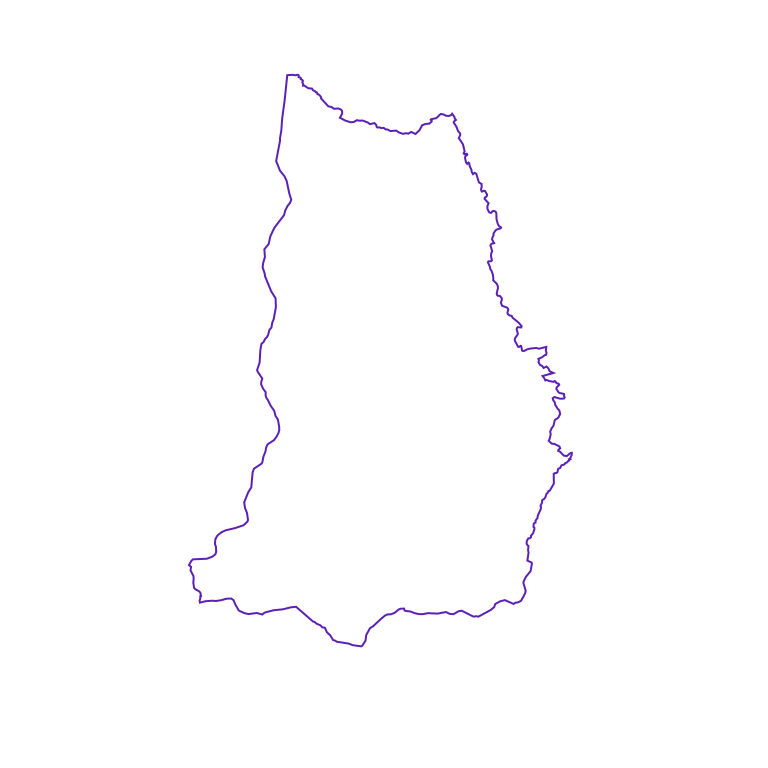 outline of Sotrile, Prahova, Romania, rotated 204°
{"feature_id": "2599482B85734359359227", "entity_name": "Sotrile", "entity_type": "district", "adm_level": 2, "iso_a3": "ROU", "parent_name": "Romania", "parent_adm1": "Prahova", "projection": "equal_earth", "projection_center": [25.714, 45.211], "detail": "fine", "context": "isolated", "style": "outline", "palette": "violet", "viewbox_px": 768, "rotation_deg": 204, "n_neighbors": 0, "source": "geoboundaries", "source_scale": "gbopen_adm2", "svg_char_len": 6166}
<svg xmlns="http://www.w3.org/2000/svg" viewBox="0 0 768 768"><g transform="rotate(204 384 384)"><path d="M598.0,626.8L590.1,602.6L585.0,585.1L580.9,573.8L578.9,565.9L578.0,564.3L573.2,543.8L565.8,536.6L559.4,533.3L555.5,529.9L548.0,519.5L543.7,514.7L543.5,511.4L544.5,507.5L544.8,502.4L544.0,497.6L547.7,482.1L547.9,472.6L546.3,464.9L548.1,458.4L544.4,451.5L543.6,445.4L542.4,441.3L537.8,436.2L536.4,433.9L524.5,422.6L517.9,418.2L514.0,410.2L511.1,398.2L511.1,395.0L509.8,389.7L510.7,386.7L509.8,381.5L510.0,379.3L510.9,376.9L511.1,373.4L512.3,370.8L510.6,364.3L506.3,352.9L505.6,345.0L504.3,343.8L497.4,339.5L497.0,336.0L496.1,333.7L492.8,330.7L488.8,328.4L487.5,325.4L485.9,323.6L483.7,322.2L478.5,317.9L473.4,314.9L470.1,310.7L466.5,308.4L462.3,302.2L460.9,299.2L460.5,296.6L460.7,292.5L461.7,287.9L465.8,281.6L465.8,277.5L464.9,274.6L464.6,268.7L463.3,262.9L463.5,261.4L468.4,253.6L468.0,249.6L463.2,235.6L464.0,229.7L463.6,219.0L460.4,214.0L456.8,210.6L453.0,204.6L452.8,202.7L454.9,197.8L461.3,191.9L469.3,185.8L472.2,182.4L474.2,178.6L474.7,176.8L474.9,173.5L473.4,169.1L471.3,166.9L469.1,162.5L468.8,160.9L469.0,159.3L469.9,157.7L470.6,156.4L474.8,152.3L487.2,146.1L488.1,144.0L488.5,139.2L485.9,138.5L484.9,135.0L480.0,131.1L478.6,128.5L477.3,124.7L474.5,120.5L473.1,119.8L468.5,119.4L466.8,118.6L464.9,115.8L465.5,115.3L464.5,113.1L464.4,111.1L463.2,109.4L458.8,112.9L453.1,116.0L449.1,117.5L444.9,120.2L440.4,123.9L436.2,125.9L433.5,125.3L430.0,122.0L424.5,118.0L418.3,117.9L414.2,118.7L407.0,123.1L401.4,123.9L400.3,126.2L399.5,127.1L393.0,132.3L384.8,137.0L378.4,142.0L373.7,144.7L352.1,138.1L350.8,138.4L348.0,137.6L343.9,137.7L341.4,136.6L338.9,137.3L335.2,134.0L330.8,132.5L326.4,129.4L324.0,129.7L322.6,129.3L310.6,132.5L306.3,132.7L298.4,135.0L297.8,135.3L297.3,136.7L296.5,142.0L298.1,147.4L297.5,155.2L295.4,158.3L291.1,168.5L288.8,173.0L287.2,174.8L283.8,176.6L281.2,179.3L278.9,183.9L277.7,185.3L274.3,187.0L273.1,185.5L272.2,185.4L267.4,186.9L262.4,187.2L258.4,188.0L255.0,189.5L250.5,192.6L241.7,196.0L234.6,200.9L230.7,200.7L226.9,202.0L223.5,206.7L220.7,208.5L208.2,207.9L207.0,208.2L205.1,209.5L203.2,209.8L194.7,220.8L192.6,225.0L192.9,228.2L189.5,232.7L185.7,235.7L176.1,235.8L175.1,237.6L172.9,238.9L171.1,241.0L170.6,242.0L170.1,246.8L170.0,250.6L170.5,252.8L175.7,258.9L176.1,260.4L176.0,265.3L174.0,272.7L175.8,280.0L176.4,280.9L181.2,281.0L183.3,288.6L184.9,291.0L185.7,293.7L186.2,294.8L187.4,295.1L188.8,296.2L189.7,298.7L189.4,301.6L188.1,302.4L187.4,303.7L188.0,305.3L187.1,308.1L187.5,312.5L188.2,313.9L189.4,314.3L190.4,317.5L189.2,319.1L190.0,320.9L189.3,323.8L190.0,326.7L189.9,333.4L190.4,335.2L191.4,336.2L191.4,339.9L192.2,342.4L191.1,343.9L190.5,346.0L190.9,349.8L190.2,351.1L190.3,353.0L189.2,353.9L188.3,362.0L192.4,371.0L191.8,371.9L190.1,373.0L189.7,374.0L190.4,377.3L188.9,379.0L188.8,381.9L186.6,383.7L186.2,385.5L185.0,386.6L184.5,388.4L183.7,389.4L184.4,390.5L183.1,391.2L183.7,391.9L183.7,395.6L184.4,397.5L184.8,397.3L185.9,396.3L187.7,392.5L190.7,391.7L195.4,393.7L197.6,393.7L197.9,394.8L196.9,396.9L198.4,398.3L204.0,398.6L206.5,397.7L210.4,399.1L210.4,401.6L211.2,405.7L212.8,408.1L212.9,411.4L212.2,414.9L213.2,420.1L213.1,421.1L211.7,422.9L211.0,424.7L210.9,428.3L213.1,431.2L215.4,432.1L219.1,434.6L220.5,436.7L223.0,438.2L224.1,439.6L223.0,441.4L217.1,442.2L213.7,443.9L213.5,445.3L214.8,446.4L215.0,447.3L215.6,448.1L220.1,447.2L221.5,447.6L224.5,449.6L224.9,451.0L223.6,454.5L224.6,455.3L226.7,454.9L228.3,456.0L229.4,456.1L229.8,455.0L234.4,453.9L237.4,453.8L238.1,452.9L239.7,454.3L242.4,455.8L233.7,463.0L237.7,463.0L240.2,465.1L242.6,466.1L244.7,463.6L246.7,464.8L249.2,464.9L251.7,466.8L252.1,468.7L253.2,469.7L250.3,473.0L248.9,475.7L247.9,476.5L248.1,478.5L249.8,480.5L250.8,483.9L256.7,479.3L259.7,478.8L265.0,475.7L267.2,474.0L269.2,471.4L270.4,470.7L271.5,470.7L274.1,474.5L274.7,474.5L275.8,472.7L276.6,472.5L281.8,476.6L282.6,477.6L282.9,479.2L282.1,483.2L282.2,484.5L285.0,487.8L285.3,489.2L284.9,490.3L281.6,491.5L281.8,492.8L286.2,494.9L293.4,496.8L295.1,498.2L297.1,497.7L299.4,498.2L300.3,499.7L300.8,502.7L302.3,503.8L308.0,503.5L310.3,505.9L310.6,508.9L311.2,510.2L313.9,511.6L315.9,510.9L316.8,511.2L317.9,512.6L318.9,517.9L320.0,519.9L321.9,521.5L326.4,523.1L327.3,525.4L329.2,528.4L332.0,531.3L333.5,532.1L334.9,534.1L338.5,537.4L338.5,538.5L336.0,539.8L335.7,540.8L338.4,544.6L339.2,547.1L339.2,549.4L343.2,553.9L342.8,555.9L340.7,557.5L344.2,560.1L344.5,562.4L344.4,564.4L345.2,566.1L344.5,569.9L343.5,571.3L341.0,573.4L340.6,574.1L340.7,574.6L343.3,575.1L345.3,576.7L348.2,580.3L350.7,585.4L351.7,586.6L353.0,586.9L354.3,586.7L355.4,585.5L355.6,584.1L356.0,583.8L357.6,583.6L358.6,584.2L360.8,586.2L361.8,588.3L362.0,591.7L367.4,594.0L367.7,595.3L366.6,597.0L366.6,598.2L367.1,599.2L370.2,601.4L371.5,601.1L372.7,599.6L373.7,600.1L374.7,601.7L374.8,603.5L376.2,606.4L379.3,606.8L385.2,613.6L387.2,613.7L388.1,611.9L390.3,613.6L391.1,615.1L394.3,617.9L396.0,620.4L396.9,620.6L397.6,618.9L399.2,619.8L402.1,623.7L402.2,625.4L401.3,626.7L401.3,627.6L402.1,628.0L403.9,626.7L405.0,627.0L405.0,629.4L409.4,635.1L415.7,639.1L415.6,642.3L416.4,643.9L419.2,645.2L422.5,648.5L426.6,651.2L426.9,652.1L425.7,654.5L427.4,655.3L428.1,656.5L431.7,658.6L432.1,656.9L434.0,655.1L436.4,654.3L439.1,654.5L442.1,653.7L444.3,648.2L448.7,645.0L448.8,644.4L447.5,643.9L447.2,643.2L448.5,640.3L451.9,638.4L454.4,635.9L454.8,630.4L456.9,625.2L461.7,625.3L463.7,622.5L465.4,622.3L468.6,620.2L472.9,619.9L475.8,620.5L481.0,617.7L484.5,617.9L486.2,617.2L488.4,617.9L490.8,616.6L492.3,616.7L494.4,615.6L495.1,615.8L496.5,617.5L498.8,618.5L502.5,615.7L505.3,616.3L510.6,616.0L513.9,614.4L515.9,614.1L518.4,610.9L521.0,609.5L526.5,608.9L532.6,609.3L532.2,614.0L533.3,616.3L534.8,617.2L537.9,617.1L541.6,615.1L544.8,615.7L547.8,615.0L557.7,619.3L557.9,620.2L558.8,620.9L561.6,622.0L562.6,621.7L564.0,623.1L565.1,622.8L565.9,623.4L568.4,623.5L569.9,624.6L573.6,623.4L578.2,624.2L579.3,623.6L579.9,625.3L581.3,626.3L581.3,627.9L582.2,628.5L584.1,628.7L584.2,629.5L584.9,629.9L586.8,629.6L587.4,631.2L588.5,631.5L590.7,629.9L593.0,629.4L598.0,626.8Z" fill="none" stroke="#5b21b6" stroke-width="2"/></g></svg>